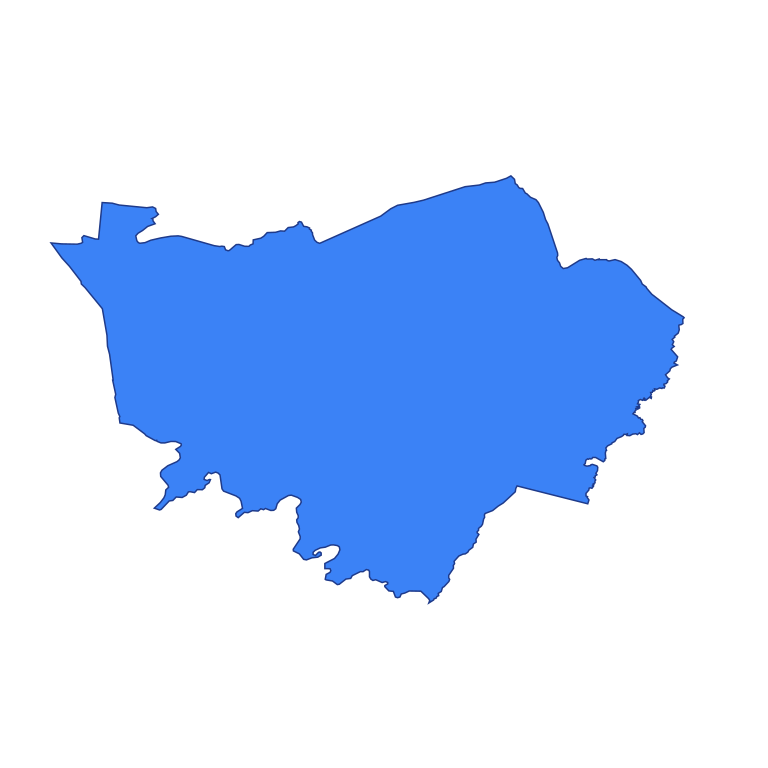 outline of Kompienga, Kompienga, Burkina Faso, rotated 81°
{"feature_id": "67063806B63358793036390", "entity_name": "Kompienga", "entity_type": "district", "adm_level": 2, "iso_a3": "BFA", "parent_name": "Burkina Faso", "parent_adm1": "Kompienga", "projection": "equal_earth", "projection_center": [0.936, 11.436], "detail": "fine", "context": "isolated", "style": "filled", "palette": "blue", "viewbox_px": 768, "rotation_deg": 81, "n_neighbors": 0, "source": "geoboundaries", "source_scale": "gbopen_adm2", "svg_char_len": 6144}
<svg xmlns="http://www.w3.org/2000/svg" viewBox="0 0 768 768"><g transform="rotate(81 384 384)"><path d="M198.3,226.1L200.0,230.9L202.0,243.2L201.3,252.2L202.4,258.7L201.8,273.0L208.6,316.2L209.3,325.8L209.6,342.6L212.0,350.0L217.7,361.0L235.0,425.5L233.6,428.0L231.0,430.0L225.3,431.2L223.4,431.0L221.6,432.0L220.7,431.7L219.3,433.4L218.3,433.1L216.7,435.5L215.7,438.7L211.2,440.2L210.3,442.1L211.1,443.7L212.4,443.7L213.8,446.2L214.7,448.8L214.5,454.2L217.5,458.3L216.6,462.3L217.2,467.3L216.2,475.7L219.3,479.7L220.7,482.9L221.2,490.6L225.1,491.4L225.8,494.3L226.9,495.9L226.2,500.0L223.5,505.4L223.2,508.2L227.9,515.9L228.0,517.2L226.7,519.5L223.3,520.2L222.5,522.6L222.5,524.8L220.8,530.1L206.6,560.7L205.5,564.1L204.7,571.4L204.8,581.7L205.5,591.8L207.0,597.9L206.8,603.2L205.8,604.6L203.8,605.7L198.8,606.0L196.6,603.3L194.6,598.4L191.4,592.8L189.9,585.0L186.8,586.6L184.8,586.5L184.3,587.3L183.1,583.5L181.1,580.3L178.0,582.1L174.9,582.1L172.9,584.9L172.8,590.7L165.8,617.6L162.9,624.1L160.7,634.0L196.3,643.3L195.6,646.5L190.5,657.2L192.2,659.5L196.9,659.5L197.6,660.9L197.9,665.1L195.2,680.4L192.6,690.8L209.2,682.4L218.5,676.3L235.2,667.2L237.9,667.3L242.0,664.2L265.6,650.4L292.5,650.0L303.4,651.2L311.7,650.4L337.7,650.9L337.7,651.4L352.3,650.6L355.2,651.9L371.2,651.0L374.8,650.0L376.0,650.8L381.2,650.9L385.5,638.2L395.8,628.2L397.8,627.0L404.2,618.7L404.1,617.3L405.1,617.2L407.3,613.5L407.9,609.6L407.4,603.5L408.2,598.8L411.2,593.8L412.6,593.7L413.8,594.8L416.0,599.9L420.5,596.7L425.0,596.7L426.8,598.1L428.3,600.6L430.9,610.3L434.4,616.8L436.8,618.7L440.4,619.0L450.2,613.1L452.3,612.9L454.5,616.1L459.2,617.4L462.0,619.2L466.1,623.5L470.7,630.3L473.3,625.4L473.0,623.7L465.9,614.4L466.0,610.8L463.1,606.9L464.5,601.1L462.9,596.6L460.0,594.1L460.0,592.5L461.6,588.1L459.1,584.9L460.0,579.9L458.4,577.2L456.2,576.5L454.2,572.2L451.3,570.4L451.0,571.4L451.7,573.8L450.1,576.6L448.0,576.0L443.9,571.1L445.6,568.6L444.7,564.0L446.0,561.8L448.2,560.2L462.2,560.4L464.7,559.2L471.4,547.7L474.3,544.5L477.5,543.5L484.7,543.2L487.3,549.2L488.9,550.7L491.3,550.8L493.2,548.9L488.9,542.0L489.8,538.5L488.5,533.9L489.8,528.2L488.0,525.2L489.3,522.6L488.4,520.6L491.2,515.6L491.5,512.7L490.3,510.4L485.6,508.2L482.4,504.7L479.2,495.8L479.3,492.9L482.5,487.1L485.0,484.4L487.7,484.2L489.9,485.8L492.9,490.0L497.0,490.3L500.7,489.3L502.7,489.7L504.5,491.5L507.1,491.6L510.5,490.4L514.0,490.2L516.6,491.7L521.6,490.6L523.9,491.1L533.0,499.5L534.7,499.6L538.5,494.2L544.6,490.8L545.6,488.1L544.4,482.4L544.7,476.5L543.2,472.8L541.0,472.5L539.9,473.5L540.0,475.0L542.6,478.5L541.3,480.7L539.1,480.3L537.5,478.0L535.9,472.5L536.0,467.6L534.7,461.9L535.0,459.1L536.3,455.3L537.9,453.6L540.9,453.5L544.9,456.0L548.6,460.2L552.0,470.5L557.1,471.3L558.0,466.2L560.0,465.7L561.6,466.8L563.0,470.9L567.7,472.6L568.4,471.9L570.5,465.7L574.8,461.5L574.8,459.5L570.7,452.1L570.8,447.3L568.3,445.3L565.6,436.6L566.1,434.1L564.5,430.5L565.4,428.3L566.9,427.7L572.2,428.5L574.7,427.5L576.3,425.7L576.0,422.8L579.8,416.9L579.4,413.4L580.6,411.4L582.0,411.6L583.2,414.7L584.3,414.9L589.1,411.6L590.3,407.2L596.2,406.0L597.2,404.0L596.9,401.6L594.1,399.8L593.7,396.0L592.4,391.4L594.4,380.0L603.0,373.5L605.0,372.7L607.3,374.0L605.1,368.8L603.8,367.9L603.8,366.2L602.2,365.0L601.6,363.1L599.3,363.2L597.9,359.9L594.2,358.1L593.5,356.3L589.2,350.8L587.2,349.7L585.7,350.4L583.1,350.0L576.9,344.2L574.0,343.9L572.5,342.4L570.1,342.5L565.6,337.0L564.4,332.6L564.5,330.3L563.2,327.5L561.4,326.1L559.2,321.9L556.0,320.7L554.6,317.7L551.6,317.4L547.4,313.8L545.7,315.2L544.6,315.2L543.3,313.5L541.4,313.2L539.6,310.1L537.9,308.6L532.9,306.7L531.5,305.5L529.0,305.3L527.7,304.4L526.0,296.5L522.4,290.2L520.2,284.9L511.0,271.2L507.8,270.2L505.5,268.5L534.2,201.5L530.6,199.7L527.8,201.1L527.1,200.6L526.2,202.0L523.6,201.6L520.8,198.3L519.0,197.7L518.8,196.6L519.5,194.9L517.4,192.7L517.7,193.5L517.3,194.0L516.4,192.5L515.6,193.2L514.6,191.0L512.9,190.9L511.9,189.9L509.2,191.2L508.9,189.9L507.7,189.7L507.0,187.9L505.4,188.7L503.0,186.7L499.7,185.9L498.2,186.5L496.0,190.7L496.1,192.2L496.8,192.7L496.9,196.4L495.7,198.8L495.0,199.1L494.1,197.7L490.9,196.6L489.8,194.7L490.3,193.8L489.8,192.4L490.3,191.8L490.4,190.5L489.2,189.4L489.7,186.4L495.1,179.6L494.1,177.9L492.6,177.6L492.3,176.6L486.8,176.2L484.5,175.2L484.4,174.6L481.9,174.9L480.1,172.9L478.7,168.4L477.8,168.0L476.9,165.1L474.2,162.4L473.1,157.6L472.1,155.6L471.3,155.2L471.3,154.1L471.7,153.0L471.3,151.5L472.8,152.1L473.5,149.3L472.4,146.2L472.5,143.0L473.6,141.6L472.2,139.3L474.0,138.0L473.8,136.2L472.7,134.7L468.5,134.3L467.6,132.8L466.2,132.2L461.7,134.8L460.8,134.0L459.5,134.4L459.1,135.9L457.3,136.5L457.3,138.0L455.4,138.7L452.4,142.8L451.1,141.4L451.3,140.5L450.2,140.5L448.9,138.9L447.8,139.3L447.3,138.8L447.7,137.5L448.5,137.3L447.6,135.2L446.5,135.2L446.7,136.7L446.1,137.4L446.1,136.5L444.2,134.5L443.2,136.7L441.5,135.4L440.2,135.4L439.4,133.3L440.6,131.1L438.6,129.3L439.3,128.7L440.4,129.9L440.8,129.5L440.5,128.4L441.0,128.0L438.7,123.9L440.0,122.3L438.6,121.8L437.8,122.8L436.2,121.6L434.1,122.0L434.2,120.3L432.5,119.4L433.2,118.7L432.8,117.5L431.1,117.6L431.9,115.3L431.0,112.3L431.9,110.2L431.4,109.6L431.8,107.8L430.1,106.8L429.3,107.6L428.0,107.6L427.7,105.3L426.3,103.5L425.2,103.7L423.6,101.4L422.3,102.9L418.9,104.5L415.7,99.6L413.7,98.8L412.4,96.9L411.1,91.2L408.7,94.3L407.8,93.8L407.0,91.7L403.1,89.7L394.7,95.0L393.6,94.0L392.3,91.5L390.3,93.1L387.6,91.2L385.0,92.4L383.2,89.4L382.2,89.7L379.8,85.5L376.7,83.9L372.5,83.7L371.9,83.3L371.8,81.1L371.0,79.3L366.8,78.8L365.5,77.2L364.6,77.8L355.7,88.2L337.2,105.5L330.5,109.6L329.3,109.8L325.7,113.3L321.9,114.3L309.5,121.6L304.8,125.3L300.2,130.5L297.3,136.3L297.7,142.5L296.9,144.2L296.0,144.7L294.8,152.5L294.2,152.2L294.8,156.3L293.0,158.6L292.4,163.8L291.6,164.7L292.4,171.4L297.9,184.5L298.0,188.9L295.4,191.1L291.8,191.7L289.0,193.3L286.1,193.5L284.2,192.3L281.7,192.1L251.6,197.1L246.9,198.7L239.4,199.8L229.0,203.1L225.8,205.0L222.5,210.1L218.4,213.2L217.6,214.5L212.6,216.5L212.0,219.1L211.0,220.2L208.2,221.3L206.6,223.0L202.2,223.1L198.3,226.1Z" fill="#3b82f6" stroke="#1e3a8a" stroke-width="1.5"/></g></svg>